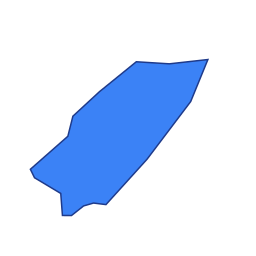 map outline of Bury (Albers equal-area conic projection), rotated 233°
{"feature_id": "GBR-5679", "entity_name": "Bury", "entity_type": "Metropolitan Borough", "adm_level": 1, "iso_a3": "GBR", "parent_name": "United Kingdom", "parent_adm1": "", "projection": "albers", "projection_center": [-2.317, 53.586], "detail": "fine", "context": "isolated", "style": "filled", "palette": "blue", "viewbox_px": 256, "rotation_deg": 233, "n_neighbors": 0, "source": "natural_earth", "source_scale": "10m", "svg_char_len": 369}
<svg xmlns="http://www.w3.org/2000/svg" viewBox="0 0 256 256"><g transform="rotate(233 128 128)"><path d="M134.6,233.0L111.4,194.0L91.6,124.4L80.1,64.3L88.8,55.3L92.5,45.6L92.1,30.2L95.3,26.0L97.6,23.0L116.2,34.9L144.5,23.4L153.8,25.2L157.6,75.0L170.6,91.1L174.2,127.2L175.9,174.5L154.4,199.6L134.6,233.0Z" fill="#3b82f6" stroke="#1e3a8a" stroke-width="1.5"/></g></svg>